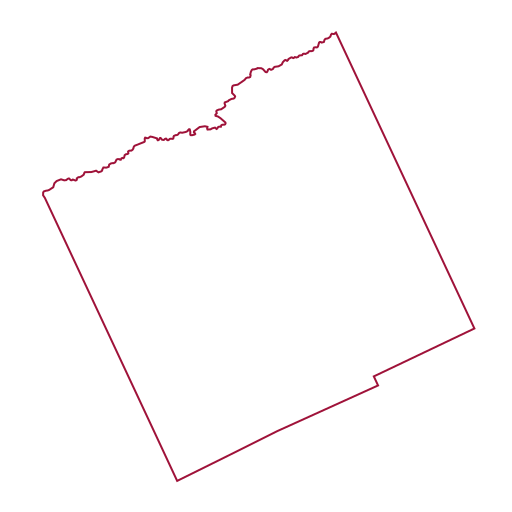 outline of Clay, Minnesota, United States of America, rotated 65°
{"feature_id": "52423323B41425910049088", "entity_name": "Clay", "entity_type": "district", "adm_level": 2, "iso_a3": "USA", "parent_name": "United States of America", "parent_adm1": "Minnesota", "projection": "robinson", "projection_center": [-96.781, 46.89], "detail": "fine", "context": "isolated", "style": "outline", "palette": "rose", "viewbox_px": 512, "rotation_deg": 65, "n_neighbors": 0, "source": "geoboundaries", "source_scale": "gbopen_adm2", "svg_char_len": 3120}
<svg xmlns="http://www.w3.org/2000/svg" viewBox="0 0 512 512"><g transform="rotate(65 256 256)"><path d="M107.8,420.9L108.4,422.0L111.0,423.3L114.1,422.8L370.5,422.5L426.5,422.5L425.2,366.6L423.7,310.8L424.9,200.1L414.9,200.1L414.0,88.7L87.2,89.1L87.3,89.7L87.8,90.4L87.8,91.5L86.6,93.4L87.1,94.5L88.6,95.9L89.1,98.0L89.1,99.2L88.5,101.3L89.1,102.6L90.7,104.0L90.5,105.5L90.2,106.5L89.5,106.8L89.0,107.7L89.2,108.6L92.4,111.4L92.7,112.7L91.9,114.0L91.6,115.3L92.2,116.1L93.6,116.9L94.0,117.6L93.9,118.8L93.0,120.9L93.0,121.9L93.7,122.8L93.8,125.8L92.9,127.0L92.7,128.0L93.5,129.4L92.6,132.0L92.9,133.0L93.4,133.6L93.2,135.5L92.1,136.7L92.5,138.3L92.3,138.7L91.1,139.6L90.9,140.3L91.2,143.3L92.0,144.3L92.3,145.3L91.8,145.8L90.9,146.2L90.7,147.3L91.7,149.8L93.3,151.7L93.6,155.4L92.5,159.0L92.7,160.3L93.6,161.5L93.7,162.8L93.6,163.7L92.2,164.6L92.1,165.4L92.3,166.4L93.7,167.8L94.0,168.6L93.3,169.6L89.7,170.7L88.1,171.8L86.3,175.3L86.6,175.9L86.0,179.1L85.5,179.9L85.5,180.7L85.7,181.3L86.9,182.8L89.1,184.6L89.8,184.4L91.3,185.6L91.3,186.9L90.7,188.1L90.6,189.9L91.6,192.0L93.0,200.2L92.9,200.5L91.9,204.2L92.0,205.3L93.2,206.5L98.2,208.8L101.8,207.5L102.6,207.5L103.6,208.6L103.9,209.7L103.3,211.8L103.4,214.9L103.9,215.8L103.6,219.4L104.4,220.0L106.9,220.3L107.6,221.3L108.3,225.6L107.6,227.8L107.5,229.8L107.8,230.6L108.2,230.9L110.0,231.2L110.9,233.2L111.9,233.4L113.4,231.6L116.0,230.0L122.1,227.3L122.9,227.5L123.6,228.3L123.6,229.2L122.8,231.0L122.8,231.6L122.9,232.3L124.0,233.2L123.3,234.5L123.1,235.5L123.4,236.4L123.6,236.6L124.1,237.2L124.2,238.1L122.3,238.9L121.8,241.8L122.0,243.7L120.9,246.5L120.0,246.5L118.4,245.4L116.8,247.5L115.3,252.6L116.8,259.5L117.7,260.0L118.8,259.5L119.7,259.5L120.0,260.3L119.5,262.9L118.8,264.2L118.0,264.2L115.8,263.1L113.3,262.5L112.8,263.0L113.3,264.5L113.9,265.2L113.9,267.3L113.1,270.8L112.0,272.5L112.0,273.8L112.8,275.1L113.0,276.0L112.9,276.8L112.5,277.7L112.5,279.7L113.1,280.4L114.0,280.8L114.6,281.4L114.6,282.1L113.7,283.6L113.4,284.8L113.9,285.9L113.9,286.9L113.3,287.5L111.8,287.7L111.5,288.1L111.4,289.0L111.8,289.9L111.7,290.9L110.8,292.1L108.7,292.6L108.5,293.2L109.8,295.3L109.6,296.1L108.7,296.3L107.6,296.0L104.3,299.6L103.1,301.3L103.3,302.2L103.6,304.0L103.0,305.3L102.2,305.9L101.9,306.5L102.5,307.2L105.0,308.3L105.4,308.9L104.8,319.3L105.2,320.4L105.8,321.0L106.8,321.8L107.6,323.1L107.8,324.4L107.0,326.3L107.1,327.4L107.3,327.8L109.0,328.3L109.3,329.2L108.8,331.0L109.1,332.4L111.0,333.9L111.3,334.7L111.3,335.1L110.6,335.7L110.7,336.8L111.6,337.9L111.1,338.7L110.4,339.0L109.7,340.6L109.7,341.7L111.6,344.0L111.7,345.8L111.2,346.8L110.8,348.4L111.1,350.4L112.9,351.8L112.7,354.2L111.3,356.9L112.7,358.8L113.6,359.4L113.9,360.5L113.6,363.4L111.1,364.9L110.7,367.6L110.3,369.8L107.7,375.7L107.9,376.2L109.5,377.8L110.1,380.7L110.0,382.7L109.5,383.7L109.9,385.6L110.9,386.0L111.4,386.6L111.3,387.7L109.3,389.7L109.5,391.0L108.9,391.9L106.8,392.6L106.6,392.9L106.5,394.1L107.0,395.9L106.4,397.8L104.1,400.3L103.8,405.0L104.9,408.0L108.0,410.7L108.7,415.5L108.6,417.1L108.1,418.6L107.8,420.9Z" fill="none" stroke="#9f1239" stroke-width="2"/></g></svg>